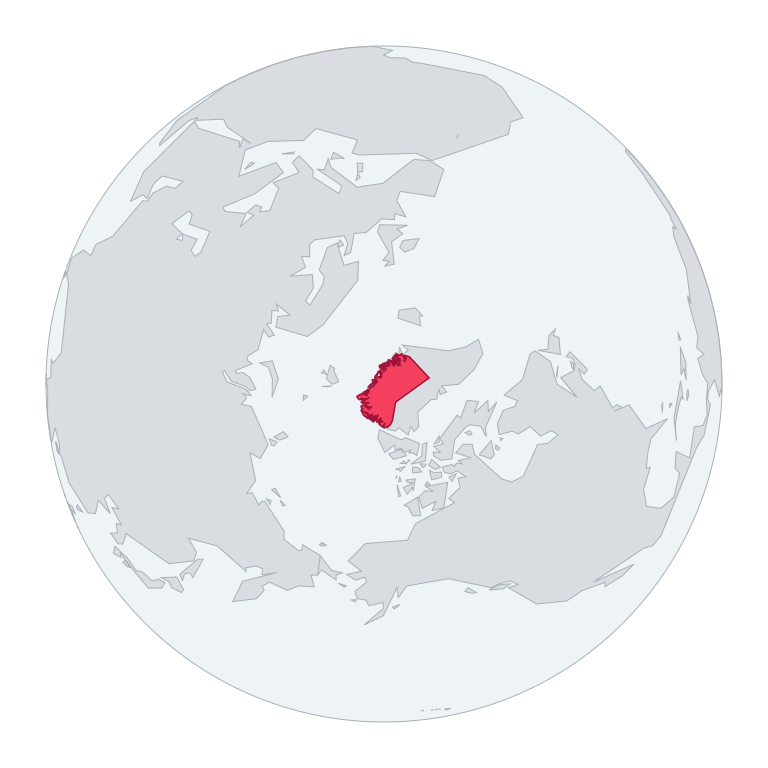 Nationalparken highlighted on a globe, orthographic projection, rotated 218°
{"feature_id": "GRL-2742", "entity_name": "Nationalparken", "entity_type": "state/province", "adm_level": 1, "iso_a3": "GRL", "parent_name": "Greenland", "parent_adm1": "", "projection": "orthographic", "projection_center": [-27.197, 77.317], "detail": "fine", "context": "on_globe", "style": "filled", "palette": "rose", "viewbox_px": 768, "rotation_deg": 218, "n_neighbors": 0, "source": "natural_earth", "source_scale": "10m", "svg_char_len": 16907}
<svg xmlns="http://www.w3.org/2000/svg" viewBox="0 0 768 768"><g transform="rotate(218 384 384)"><circle cx="384" cy="384" r="338" fill="#eef3f6" stroke="#a8b0b8"/><path d="M116.1,590.0L112.0,584.4L115.9,587.6L111.6,580.3L126.0,590.8L124.2,578.6L119.7,571.4L113.9,568.3L100.3,541.0L98.4,525.9L72.3,434.8L73.0,421.6L78.3,414.2L97.1,356.7L76.2,395.7L78.3,379.1L85.1,360.4L87.6,363.9L100.7,343.1L106.4,325.6L128.4,304.5L160.6,300.1L155.0,308.6L163.4,306.7L171.0,296.0L174.0,289.5L213.2,270.4L241.5,239.2L241.3,224.5L248.5,231.7L241.9,201.0L251.3,182.0L246.3,206.5L250.1,211.4L259.3,199.9L265.2,202.5L273.0,198.5L279.2,202.7L275.8,217.0L279.7,220.1L286.0,211.8L296.2,211.0L286.4,222.6L303.2,222.5L300.5,246.8L269.2,275.5L273.2,293.2L255.4,333.9L262.5,333.7L260.3,349.4L267.7,355.2L262.3,361.3L272.8,360.7L276.4,354.0L282.2,351.5L286.9,354.4L280.8,362.6L277.6,362.4L278.2,366.3L273.2,369.2L278.3,369.4L270.4,379.2L285.1,373.9L284.5,385.3L277.4,390.7L269.3,384.3L232.7,381.7L223.0,385.5L217.5,397.1L225.7,431.0L218.6,437.8L215.6,451.3L223.4,450.1L228.7,439.2L242.6,440.5L247.4,427.3L253.7,426.0L262.2,414.9L270.3,422.9L273.8,436.9L267.2,446.6L268.5,453.1L282.5,449.2L277.6,472.7L287.4,497.7L285.1,503.2L266.8,504.1L247.4,490.4L223.6,492.4L248.6,497.8L242.4,511.9L245.5,517.1L251.4,520.3L257.4,517.6L257.3,523.9L232.6,520.8L232.3,515.0L240.2,515.9L231.0,509.7L214.3,508.1L212.5,515.6L189.2,505.9L187.6,511.2L181.7,512.3L185.8,504.4L178.0,518.5L150.3,510.1L139.2,531.1L139.8,504.6L133.6,492.0L125.1,478.8L122.9,482.1L114.5,460.7L101.7,449.2L89.3,456.5L86.0,473.4L96.1,495.7L102.7,496.7L112.2,510.7L97.7,513.9L113.1,541.3L107.1,547.7L110.6,559.1L120.1,570.0L129.4,583.9L138.7,587.4L152.5,597.4L150.1,604.5L159.8,605.0L166.1,615.0L195.1,636.6L192.2,636.6L216.2,660.4L246.3,678.6L253.2,685.6L249.2,686.0L260.6,691.2L260.8,692.5L309.3,708.8L337.0,716.0L337.9,718.1L321.3,716.1L297.3,710.6L273.8,703.4L250.8,694.6L228.6,684.0L207.1,671.9L186.6,658.3L167.2,643.2L148.9,626.7L131.8,609.0L116.1,590.0ZM133.8,165.8L136.5,165.1L131.7,169.6L133.8,165.8ZM140.3,162.0L138.9,162.8L140.5,161.6L140.3,162.0ZM142.9,159.4L141.0,161.3L142.9,159.1L142.9,159.4ZM146.2,155.8L144.5,157.8L144.6,157.5L146.2,155.8ZM134.4,535.6L152.3,569.2L138.5,555.8L141.8,557.2L138.0,547.4L129.8,531.7L118.7,519.4L134.4,535.6ZM151.9,150.6L153.5,149.3L152.1,151.1L151.9,150.6ZM150.4,537.8L147.0,532.6L150.8,537.0L150.4,537.8ZM174.3,286.2L170.5,295.6L161.5,304.4L163.9,296.2L174.3,286.2ZM192.4,270.3L192.3,275.3L182.9,276.5L185.9,273.3L192.4,270.3ZM239.8,213.6L235.5,220.2L237.6,212.9L239.8,213.6ZM273.0,197.2L272.3,194.6L276.7,193.7L273.0,197.2ZM257.1,411.2L259.5,413.0L256.7,414.2L257.1,411.2ZM258.4,404.8L253.4,404.8L253.2,401.7L256.4,401.8L258.4,404.8ZM290.2,199.3L297.4,198.8L289.5,201.8L290.2,199.3ZM264.7,405.5L253.7,396.3L253.6,391.0L265.4,386.8L264.7,405.5ZM301.2,200.1L318.7,198.9L318.7,192.8L328.6,209.5L310.4,204.9L300.6,209.5L304.1,203.8L301.2,200.1ZM275.5,350.6L271.9,357.9L270.5,349.2L275.5,350.6ZM273.2,345.7L260.6,323.1L268.2,314.0L270.9,323.4L277.2,309.6L287.0,316.2L285.8,325.3L278.9,329.8L287.9,328.9L273.2,345.7ZM331.2,219.1L334.9,221.0L330.4,221.7L331.2,219.1ZM284.4,349.9L281.2,346.0L287.5,337.8L295.1,344.0L290.6,344.7L284.4,349.9ZM274.0,302.8L280.1,297.9L289.7,301.9L293.3,300.6L287.9,315.6L274.0,302.8ZM291.6,348.0L298.8,347.4L300.1,353.9L288.0,353.1L291.6,348.0ZM286.0,333.1L289.3,329.6L289.9,333.6L286.0,333.1ZM308.6,376.9L304.7,372.4L307.6,367.7L308.6,376.9ZM301.4,346.8L300.9,344.5L301.6,342.2L306.5,343.2L301.4,346.8ZM295.1,317.5L297.9,320.2L297.8,311.5L305.0,314.3L300.1,323.9L305.3,320.9L307.5,321.8L301.0,328.6L295.1,317.5ZM313.6,337.3L309.9,350.6L316.6,360.0L314.1,364.4L303.8,348.5L313.6,337.3ZM306.8,331.6L310.5,336.1L305.6,339.2L300.0,338.0L306.8,331.6ZM311.7,312.8L301.9,306.0L303.3,304.2L311.7,312.8ZM316.6,339.4L317.4,336.1L317.6,339.7L316.6,339.4ZM314.3,320.2L310.6,318.0L312.3,316.0L314.3,320.2ZM322.2,331.5L320.9,335.7L317.1,335.1L322.2,331.5ZM319.4,325.8L322.6,323.5L316.5,332.3L317.4,325.2L319.4,325.8ZM316.5,318.6L316.3,316.7L317.8,319.8L316.5,318.6ZM337.4,331.7L330.6,342.9L322.2,341.3L329.9,330.6L337.4,331.7ZM630.9,153.3L630.3,152.8L645.5,172.5L652.4,178.9L648.4,173.6L655.4,182.6L656.4,184.1L652.1,179.5L650.9,184.4L661.2,198.5L657.6,197.1L657.5,209.7L670.8,231.2L693.9,268.2L701.8,275.5L707.7,290.7L703.2,304.6L694.1,304.6L696.9,316.5L688.6,333.6L687.0,379.8L682.9,382.4L683.5,392.4L677.0,406.3L669.1,409.4L667.0,420.0L687.0,411.3L688.8,399.7L684.8,384.1L690.5,384.7L696.2,371.8L704.0,403.3L695.2,474.2L687.7,471.3L646.9,486.4L644.4,481.8L644.0,481.6L643.1,481.4L646.1,490.6L636.8,491.7L665.8,489.9L673.5,493.9L695.1,475.5L694.7,479.8L699.7,471.8L707.6,433.9L709.1,436.3L709.4,464.0L692.6,521.6L681.3,544.6L668.3,566.7L653.6,587.8L637.3,607.6L619.7,626.2L600.6,643.4L600.7,643.2L582.6,652.1L587.0,643.0L580.5,644.6L568.0,653.9L559.6,655.2L551.4,660.0L494.9,688.8L473.6,690.6L438.3,679.5L445.6,668.5L439.7,657.4L483.5,589.9L500.9,585.5L544.6,549.1L551.5,546.4L555.1,560.0L594.9,543.4L597.4,526.4L624.8,503.7L637.4,483.0L626.3,458.3L605.6,492.0L593.4,488.7L603.0,454.2L619.8,424.2L615.5,422.0L597.6,433.5L594.0,419.4L590.5,436.8L597.5,435.1L595.5,446.1L589.0,448.3L588.0,443.2L580.8,450.4L587.5,473.5L595.3,474.3L581.0,498.4L592.6,502.1L591.4,511.6L571.4,508.9L567.7,503.3L536.7,506.3L539.3,514.3L568.7,512.2L562.9,516.2L566.7,527.4L559.1,522.0L526.3,522.6L508.5,541.3L498.8,579.2L485.7,588.2L468.9,589.9L459.5,562.8L489.8,545.8L486.9,536.4L469.8,529.2L480.4,524.8L477.1,519.9L487.5,512.7L491.2,492.7L500.1,484.2L491.2,467.0L494.5,460.4L498.9,472.4L506.6,476.4L527.4,454.8L528.4,447.9L520.9,438.5L527.6,433.9L517.6,427.6L524.5,411.1L507.8,426.1L498.6,415.9L497.0,401.0L490.9,400.4L493.5,424.7L497.2,432.0L505.2,433.9L512.7,456.7L507.8,466.2L488.6,452.9L479.6,465.0L468.6,449.6L468.4,392.8L473.7,374.2L504.3,362.3L509.2,371.7L500.5,380.5L518.1,380.6L512.1,376.6L517.6,372.9L510.2,362.5L513.7,359.4L500.5,354.8L504.0,349.9L512.4,352.9L504.4,333.6L508.9,321.2L505.4,318.3L500.3,318.8L509.5,302.9L506.5,301.6L502.3,306.2L493.6,306.6L481.8,301.1L485.6,295.9L490.4,297.2L506.1,292.1L518.2,296.5L518.6,293.9L509.0,288.9L489.8,294.9L481.6,293.1L490.1,288.8L486.4,290.2L483.5,287.7L484.2,280.4L474.6,284.6L437.9,264.9L435.6,249.1L447.3,247.3L425.6,228.9L424.8,213.0L421.0,217.3L408.0,211.6L408.1,216.5L405.3,218.1L372.0,206.5L367.2,199.9L348.6,200.2L346.6,202.4L349.1,207.3L328.6,209.5L318.7,192.8L323.7,188.4L314.1,181.1L326.8,172.4L332.9,162.1L352.4,157.2L355.5,149.6L351.4,147.7L352.5,136.1L369.2,119.4L373.9,141.5L352.5,169.3L362.8,158.6L365.9,163.7L373.0,161.6L379.8,153.9L377.2,151.4L416.0,153.7L443.2,142.0L428.1,135.8L425.0,127.5L442.8,110.0L494.9,107.4L491.2,97.1L495.2,94.4L507.6,98.2L502.2,102.4L509.2,109.4L504.2,111.2L522.4,119.2L516.1,122.3L533.3,127.2L533.6,121.6L519.9,113.3L537.6,116.5L531.6,104.3L537.9,100.2L571.1,112.2L594.6,128.9L597.5,129.8L603.2,137.3L616.3,147.0L610.1,134.0L612.2,135.2L630.7,153.1L630.9,153.3ZM478.0,622.0L479.1,626.4L478.0,622.0ZM644.3,400.2L649.9,379.7L635.7,378.3L636.7,370.3L631.5,372.8L634.6,378.3L620.2,383.1L618.4,370.6L611.7,368.1L609.5,374.9L615.1,397.1L635.9,390.1L639.5,399.4L644.3,400.2ZM196.0,637.1L199.2,640.9L194.4,637.7L196.0,637.1ZM134.8,557.2L139.5,562.9L141.3,567.0L137.4,563.3L134.8,557.2ZM178.5,600.2L184.7,606.2L177.4,601.4L178.5,600.2ZM155.5,574.1L173.4,595.7L159.4,586.8L148.4,573.0L157.1,580.6L155.5,574.1ZM144.5,541.0L147.0,545.1L145.0,545.8L144.5,541.0ZM153.2,541.1L151.9,539.9L151.4,536.7L153.2,541.1ZM243.9,512.0L245.9,512.5L251.1,516.7L247.0,516.8L243.9,512.0ZM283.8,523.7L282.8,533.6L280.7,526.5L274.8,528.4L263.2,515.9L283.4,505.4L276.3,512.3L283.8,523.7ZM253.2,496.6L258.3,505.6L252.0,496.2L253.2,496.6ZM448.9,500.7L455.9,501.4L457.2,509.0L445.8,520.3L443.9,509.4L448.9,500.7ZM465.6,500.7L449.7,484.7L456.1,477.2L455.2,484.1L461.0,480.7L461.1,490.9L482.8,499.7L485.3,507.0L463.1,523.6L469.0,514.1L461.7,513.9L465.6,500.7ZM397.8,458.9L391.0,452.4L413.6,444.5L417.4,451.5L406.4,463.1L395.5,461.6L397.8,458.9ZM287.6,400.1L283.6,398.5L285.2,396.1L290.1,395.6L287.6,400.1ZM306.5,375.2L307.2,404.7L302.6,404.3L308.5,422.3L298.6,428.4L295.1,416.5L291.9,434.8L284.8,426.5L284.0,439.1L277.2,411.9L270.7,405.4L281.7,410.3L291.0,404.9L293.0,400.5L294.0,383.4L284.4,366.9L292.1,359.0L300.1,357.8L303.5,360.6L297.5,364.8L306.4,365.5L300.3,373.7L306.5,375.2ZM388.7,351.9L380.2,355.1L397.2,358.9L391.2,366.7L393.5,366.7L392.6,375.0L395.5,385.1L391.5,387.7L394.4,390.5L393.8,396.2L396.5,401.0L390.1,407.4L392.8,413.9L388.3,413.3L394.6,422.7L387.1,418.6L385.7,425.7L393.7,425.9L353.3,450.1L342.2,463.8L337.1,477.5L324.9,469.0L321.9,450.9L325.0,429.7L337.4,417.9L329.7,416.4L333.3,410.3L337.9,414.1L333.0,404.6L337.3,400.7L340.0,382.5L330.3,371.6L331.0,364.8L337.0,367.1L333.6,358.8L345.3,358.6L346.1,353.7L358.4,348.8L369.4,356.2L369.5,350.3L378.9,346.4L388.7,351.9ZM341.0,330.6L355.5,337.5L359.3,345.2L336.2,350.6L333.9,355.0L319.2,359.0L314.0,347.7L318.7,347.6L322.0,344.9L322.3,349.5L324.6,343.8L331.1,343.5L334.6,339.0L338.3,342.4L341.0,330.6ZM554.0,537.5L558.4,534.4L564.1,528.4L566.5,535.5L554.0,537.5ZM531.7,538.4L534.9,534.7L541.2,541.6L536.6,544.9L531.7,538.4ZM531.3,527.0L534.6,534.0L530.1,532.2L531.3,527.0ZM501.3,468.5L504.0,464.1L506.4,465.7L507.3,470.5L501.3,468.5ZM437.9,365.6L432.4,366.0L431.9,363.7L421.1,357.9L424.7,351.8L432.7,352.8L437.9,365.6ZM625.9,467.4L625.4,476.9L622.1,478.4L622.9,474.8L625.9,467.4ZM596.9,509.5L606.1,502.6L597.5,511.6L596.9,509.5ZM440.0,357.9L435.1,356.3L440.0,354.2L440.0,357.9ZM426.8,347.0L431.6,343.9L423.9,350.4L426.8,347.0ZM701.8,274.5L701.8,269.9L704.5,277.4L701.8,274.5ZM569.3,101.4L565.8,99.2L565.5,99.0L569.3,101.4ZM556.3,93.7L556.8,93.7L560.5,96.3L556.3,93.7ZM600.1,129.8L607.2,136.1L606.2,136.3L596.4,128.5L600.1,129.8ZM542.8,97.6L547.4,96.5L550.3,97.1L551.3,100.0L542.8,97.6ZM464.1,304.6L475.1,319.3L485.5,326.1L495.1,324.0L486.3,333.5L470.3,322.9L464.1,304.6ZM440.7,270.3L432.4,272.5L432.7,267.6L434.7,266.4L440.7,270.3ZM438.0,274.4L433.9,284.6L427.0,283.3L431.6,275.5L438.0,274.4ZM437.6,321.2L440.6,325.9L436.6,327.4L437.6,321.2ZM543.8,86.2L543.3,86.0L543.8,86.2ZM554.1,92.0L553.9,92.0L547.9,88.5L551.1,90.3L554.1,92.0ZM538.6,83.5L536.7,82.6L535.1,81.7L538.6,83.5ZM553.5,92.7L542.5,85.7L558.7,95.3L554.2,95.6L546.9,91.2L553.5,92.7ZM480.3,82.9L479.2,85.6L471.2,83.1L474.2,81.9L480.3,82.9ZM444.0,78.1L468.7,83.4L488.3,88.6L484.5,85.4L493.0,84.0L496.1,90.4L479.0,88.9L465.0,84.5L458.4,87.1L445.4,86.1L441.4,91.6L434.3,92.5L433.6,86.2L444.0,78.1ZM440.2,94.3L428.5,104.3L415.4,98.5L415.1,95.0L426.0,92.8L432.2,95.9L440.2,94.3ZM421.8,105.1L427.7,108.3L422.9,131.2L418.7,134.6L415.4,113.8L420.9,115.8L424.3,111.3L421.8,105.1ZM336.1,217.8L335.0,220.7L333.3,217.6L336.1,217.8ZM405.7,221.0L401.5,222.7L399.6,219.0L405.7,221.0ZM389.0,225.5L394.1,228.5L387.1,227.5L389.0,225.5ZM405.6,234.8L395.3,230.7L407.4,231.6L405.6,234.8Z" fill="#d9dde1" stroke="#a8b0b8" stroke-width="1"/><path d="M385.6,419.1L380.9,421.1L352.2,416.6L363.7,377.0L354.8,360.3L353.9,355.9L354.4,352.5L355.2,352.8L355.5,351.6L356.4,351.2L356.8,349.6L358.3,349.3L358.9,350.3L358.5,351.2L359.1,354.0L358.9,349.3L360.1,349.1L362.1,349.3L362.4,350.3L362.4,349.4L363.5,349.4L363.4,351.0L362.9,352.1L361.9,353.7L361.8,354.1L361.9,354.3L361.9,354.0L363.2,352.6L363.6,351.7L365.0,355.0L365.3,354.9L364.8,352.8L366.0,353.4L365.7,351.8L366.1,349.7L367.5,350.6L369.5,355.7L370.0,355.3L369.7,354.3L370.3,353.8L370.1,353.2L370.5,352.7L372.1,353.6L371.1,352.6L371.3,352.2L370.5,349.7L373.1,350.6L372.9,350.8L373.0,352.2L373.2,351.2L373.1,350.8L373.4,350.7L374.1,352.0L374.1,353.1L374.4,352.4L374.3,352.0L374.5,351.7L374.5,351.3L373.9,350.7L370.4,349.3L370.0,348.4L370.6,348.8L370.3,348.2L370.9,347.9L371.2,349.0L372.4,349.4L371.3,347.8L373.0,348.5L372.4,347.7L373.5,347.5L373.9,348.3L373.7,348.7L373.9,348.5L374.4,349.5L375.2,349.8L375.6,351.2L375.8,350.7L375.4,349.8L376.8,349.9L375.8,349.4L377.2,349.1L376.0,348.5L376.0,348.2L376.2,347.9L376.2,347.2L376.8,347.8L376.7,347.3L377.1,346.9L377.7,347.9L377.5,347.1L379.3,346.7L379.6,347.6L379.5,347.0L380.5,346.7L385.1,348.8L380.5,350.0L379.6,349.4L380.2,350.1L377.9,350.6L378.1,350.8L377.9,351.6L378.4,350.7L379.0,350.7L379.2,351.0L379.1,351.5L379.4,350.6L380.8,350.8L382.0,349.7L385.4,349.5L385.8,350.5L385.0,351.8L386.4,351.0L386.5,351.7L386.4,351.9L386.8,351.3L388.4,352.6L387.7,354.3L386.6,354.7L380.5,355.0L381.8,355.8L379.3,357.4L379.8,358.1L380.2,357.2L383.5,356.0L386.1,356.4L386.1,357.7L384.4,359.2L384.7,359.8L387.2,358.0L387.3,356.2L388.7,355.7L389.1,356.7L389.2,357.6L389.2,359.0L387.2,364.7L388.1,362.5L389.6,360.6L390.4,357.8L391.0,358.2L390.8,359.6L391.5,358.8L392.8,359.1L392.7,358.7L393.0,358.3L392.7,358.1L393.2,357.7L393.0,357.1L393.9,356.4L396.3,356.7L397.7,357.6L396.6,360.7L395.6,361.1L396.1,361.6L395.2,363.2L393.4,363.1L392.6,364.2L391.4,363.8L390.1,364.6L390.7,365.1L391.4,364.0L392.9,364.6L393.9,363.9L395.2,364.6L394.7,365.9L391.7,366.1L391.1,367.1L391.3,367.2L391.0,368.7L391.6,369.6L392.4,369.3L392.4,372.5L392.6,371.2L392.7,371.9L393.1,372.1L392.2,373.4L392.4,374.1L392.3,374.5L391.1,375.0L391.3,375.4L390.9,375.9L391.4,376.1L391.0,377.8L391.1,379.2L390.6,381.6L391.2,381.6L391.2,382.3L391.7,379.7L394.1,381.1L394.4,381.5L394.0,382.1L392.9,381.2L392.0,381.6L392.8,382.2L392.6,382.6L392.0,382.4L394.3,384.1L394.6,384.0L394.5,383.3L395.2,383.4L395.7,384.4L395.9,385.4L395.7,386.5L392.9,385.7L391.3,386.2L392.6,386.3L391.6,387.6L390.7,386.4L390.0,387.4L390.7,388.5L390.9,387.7L391.4,388.0L391.0,388.2L391.6,388.6L390.5,388.8L391.7,388.8L391.8,390.0L393.6,390.4L392.6,389.4L394.6,390.3L393.9,391.2L391.4,391.5L394.4,391.5L395.4,392.6L395.0,392.9L395.6,394.5L395.5,396.1L391.2,393.4L392.6,394.5L390.9,394.2L392.5,394.7L394.1,396.2L393.1,396.5L392.3,397.4L392.0,396.8L391.2,396.4L391.2,396.5L392.3,397.5L393.9,396.7L393.9,398.1L394.2,398.6L393.5,399.1L395.7,399.3L396.1,398.7L396.3,398.9L396.2,399.4L396.9,399.8L396.1,401.4L395.2,401.2L394.8,400.3L393.4,400.3L392.8,400.5L392.0,399.7L392.6,400.7L391.5,401.4L392.2,401.5L391.8,402.3L392.1,402.5L391.6,402.8L392.5,403.2L392.8,404.0L392.9,405.2L393.1,404.9L392.9,403.9L392.6,403.3L392.8,402.8L395.3,403.6L395.0,404.5L395.4,405.7L395.2,406.2L393.5,406.1L392.3,407.6L390.3,406.7L389.2,405.2L391.6,405.9L392.3,405.4L391.3,405.8L389.2,404.5L388.7,404.7L388.6,406.1L386.5,403.8L388.2,406.3L387.2,406.6L386.1,408.0L383.6,406.7L385.4,408.0L383.1,408.6L383.6,408.8L383.5,409.9L383.9,408.7L385.3,408.3L387.7,408.9L387.6,409.7L385.9,410.7L384.7,410.2L383.7,410.3L385.6,411.0L385.3,411.9L386.9,410.3L388.6,412.0L386.3,412.8L387.4,413.0L387.0,414.5L387.6,413.1L388.7,412.7L390.3,413.9L390.1,414.5L392.6,415.5L389.2,416.1L389.0,417.4L388.8,417.4L389.0,418.5L388.4,418.8L385.5,417.4L384.8,418.0L382.7,415.2L381.5,414.5L381.3,414.7L383.8,417.0L381.6,417.8L385.9,418.3L385.6,419.1ZM369.9,350.1L370.7,352.3L370.0,352.9L370.0,353.7L369.7,353.9L368.8,350.0L369.9,350.1ZM393.3,412.4L391.9,412.4L393.2,413.3L393.0,414.2L392.4,414.2L389.6,412.5L388.7,410.3L391.1,410.1L393.3,412.4ZM388.6,409.0L386.5,408.3L387.3,407.0L388.6,406.8L390.8,407.8L387.8,407.5L387.7,407.5L391.3,408.2L388.6,409.0ZM392.1,368.5L393.6,366.9L394.1,367.3L393.5,369.3L392.1,368.5ZM393.2,410.6L392.0,410.9L391.0,409.9L388.5,409.6L390.8,408.8L393.0,409.4L393.2,409.6L392.7,410.2L393.2,410.6ZM394.5,400.6L395.3,401.7L393.6,402.6L392.3,401.7L393.4,400.4L394.5,400.6ZM398.9,395.6L398.6,396.8L396.6,396.8L396.5,395.2L396.3,394.8L397.5,394.1L398.0,394.7L397.5,395.3L398.9,395.6ZM363.8,350.8L364.1,350.2L364.5,350.2L364.9,352.5L363.8,350.8ZM396.2,390.5L396.2,391.4L395.1,388.2L395.1,387.6L395.5,387.5L395.0,386.7L395.6,387.1L396.2,390.5ZM395.3,397.6L395.0,398.8L394.0,398.2L394.0,397.1L394.4,396.7L395.0,397.0L394.8,397.6L395.3,397.6ZM391.2,356.9L390.1,355.5L390.4,355.4L391.2,356.9ZM375.0,347.4L376.0,349.1L374.8,347.7L375.0,347.4ZM374.7,348.5L375.5,349.1L375.1,349.6L374.7,348.5ZM392.6,366.8L391.6,367.4L391.8,366.4L392.6,366.8ZM374.5,348.4L374.9,349.7L374.1,348.3L374.5,348.4ZM395.9,380.1L395.2,381.1L395.5,379.8L395.9,380.1ZM392.8,379.4L393.9,380.3L392.2,379.7L392.8,379.4ZM393.7,376.7L393.7,377.5L394.0,378.0L393.5,378.0L393.4,377.2L393.7,376.7ZM392.4,358.0L391.6,357.6L392.4,358.0ZM369.4,349.1L368.7,349.0L368.8,348.6L369.4,349.1ZM393.4,374.9L393.0,375.2L392.7,374.9L393.1,373.9L393.1,374.7L393.3,374.7L393.1,374.8L393.4,374.9ZM394.8,372.4L394.6,373.0L394.5,373.5L394.4,373.5L394.6,372.1L394.8,372.4ZM397.2,398.9L397.1,399.4L396.5,399.2L396.9,398.7L397.2,398.9ZM393.9,379.7L393.5,378.5L394.1,378.4L393.9,379.7ZM388.2,409.8L388.0,410.6L387.3,410.3L387.6,410.0L388.2,409.8ZM392.2,378.7L391.7,378.5L392.1,378.0L392.2,378.7ZM393.4,378.1L393.0,377.8L393.0,377.3L393.4,378.1ZM394.4,375.5L394.2,376.1L394.2,375.5L394.4,375.5ZM391.4,380.3L391.2,379.9L391.5,379.7L391.4,380.3ZM394.4,375.1L394.3,374.3L394.5,374.6L394.4,375.1ZM397.7,398.3L397.6,398.8L397.3,398.3L397.5,398.4L397.7,398.3ZM393.8,408.2L394.2,408.1L394.3,408.1L393.8,408.2Z" fill="#f43f5e" stroke="#9f1239" stroke-width="1.5"/></g></svg>